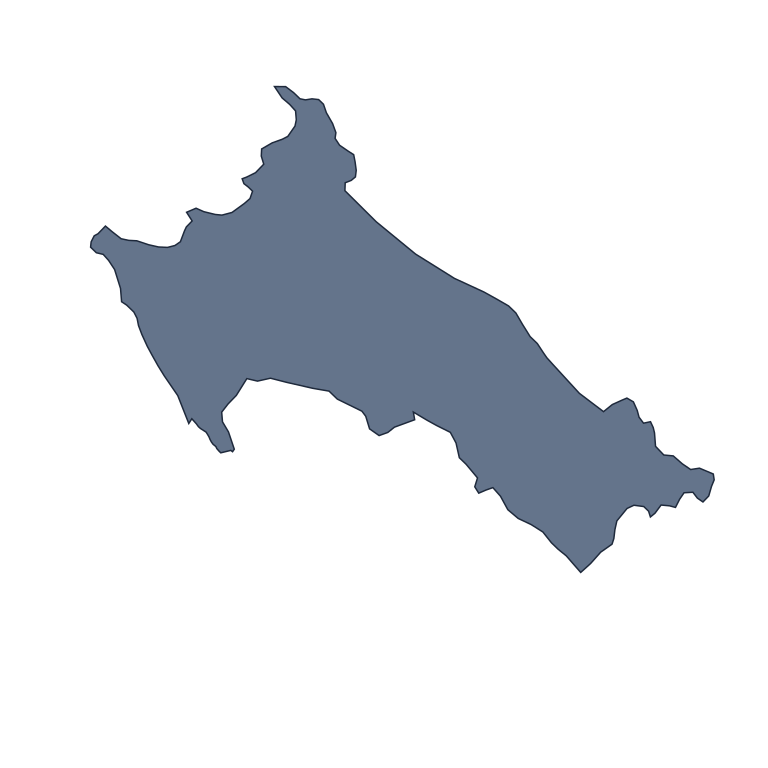 outline of Barat Daya, Pulau Pinang, Malaysia, rotated 134°
{"feature_id": "92858781B94521596565323", "entity_name": "Barat Daya", "entity_type": "district", "adm_level": 2, "iso_a3": "MYS", "parent_name": "Malaysia", "parent_adm1": "Pulau Pinang", "projection": "robinson", "projection_center": [100.233, 5.367], "detail": "fine", "context": "isolated", "style": "filled", "palette": "slate", "viewbox_px": 768, "rotation_deg": 134, "n_neighbors": 0, "source": "geoboundaries", "source_scale": "gbopen_adm2", "svg_char_len": 2498}
<svg xmlns="http://www.w3.org/2000/svg" viewBox="0 0 768 768"><g transform="rotate(134 384 384)"><path d="M548.0,497.0L542.5,498.1L543.0,491.2L543.6,487.9L543.5,485.1L542.2,478.6L542.7,476.4L543.6,473.2L544.7,470.7L545.6,467.9L546.1,465.1L545.8,461.5L546.6,459.4L546.9,455.9L546.9,453.6L538.2,448.1L537.9,445.9L534.9,446.4L526.5,462.6L523.4,473.9L517.0,481.2L506.8,482.3L494.8,482.3L475.4,486.4L469.8,477.0L458.7,469.7L450.4,455.1L436.5,432.1L427.3,418.6L427.3,407.1L418.9,381.0L419.9,374.7L426.3,363.2L424.5,351.7L416.2,347.6L407.8,346.5L388.4,337.1L383.8,343.4L380.1,327.7L377.3,317.3L372.7,302.7L376.4,291.2L384.7,278.6L384.7,269.2L386.6,251.5L394.9,247.3L396.7,240.0L389.3,236.9L382.9,233.7L383.8,222.3L388.4,207.6L387.5,194.1L382.9,180.5L380.1,166.9L381.9,153.3L381.9,143.9L381.0,133.5L382.9,111.6L369.8,110.7L369.1,110.7L354.4,111.3L340.8,108.7L335.5,111.3L328.4,116.7L320.7,121.4L304.7,122.7L297.6,120.0L291.7,112.0L291.7,105.3L294.6,100.0L288.7,99.3L278.6,100.6L273.3,94.0L270.3,88.6L261.5,91.3L253.8,92.6L247.3,86.6L248.4,79.3L247.3,72.6L239.0,72.6L230.1,77.3L223.6,79.9L220.0,84.6L225.4,98.6L232.5,104.0L234.2,114.0L234.8,126.0L240.7,133.4L240.2,145.4L231.3,155.4L228.3,160.1L226.0,166.1L231.9,170.1L230.7,177.5L227.1,183.5L223.6,192.2L225.4,199.5L230.1,201.5L240.2,205.5L251.4,206.9L255.0,237.0L252.6,276.4L252.0,285.1L250.8,291.1L248.4,301.8L248.4,311.8L246.7,318.5L244.9,325.8L241.3,338.5L241.3,348.6L244.3,360.6L248.4,376.0L259.1,406.7L268.6,451.5L272.7,502.3L272.1,546.4L266.2,551.7L260.3,549.0L254.9,548.4L249.6,552.4L244.3,559.1L240.1,565.1L241.3,571.1L243.1,581.8L241.3,589.8L236.6,593.2L232.4,601.8L228.9,613.9L224.8,621.9L224.8,628.6L228.9,633.9L234.2,637.9L237.2,642.6L237.2,651.3L238.4,661.3L246.1,669.4L249.0,656.0L248.4,646.0L249.0,637.3L254.9,630.6L260.3,627.2L272.7,625.2L278.6,627.2L288.1,631.9L299.9,635.3L305.3,630.6L309.4,623.2L321.2,623.2L330.7,626.6L334.9,628.6L337.2,623.9L336.6,618.6L336.6,612.5L343.7,609.2L351.4,609.9L366.2,612.5L375.1,617.9L379.3,623.2L385.2,633.3L388.1,641.3L397.6,645.3L400.0,635.3L408.3,635.3L412.4,633.9L423.1,629.3L429.6,630.6L436.1,634.6L442.0,641.3L447.3,650.0L452.7,661.3L458.0,667.4L462.1,674.0L463.3,685.4L463.9,694.1L474.6,694.1L478.7,695.4L485.2,693.4L489.4,690.1L489.4,682.1L485.8,676.0L486.4,668.0L488.8,657.3L498.3,639.9L507.1,629.9L506.0,623.9L506.0,613.9L508.3,607.2L512.5,601.2L516.6,592.5L521.3,580.5L524.3,571.1L527.9,559.1L530.8,547.7L535.6,524.3L548.0,497.0Z" fill="#64748b" stroke="#1e293b" stroke-width="1.5"/></g></svg>